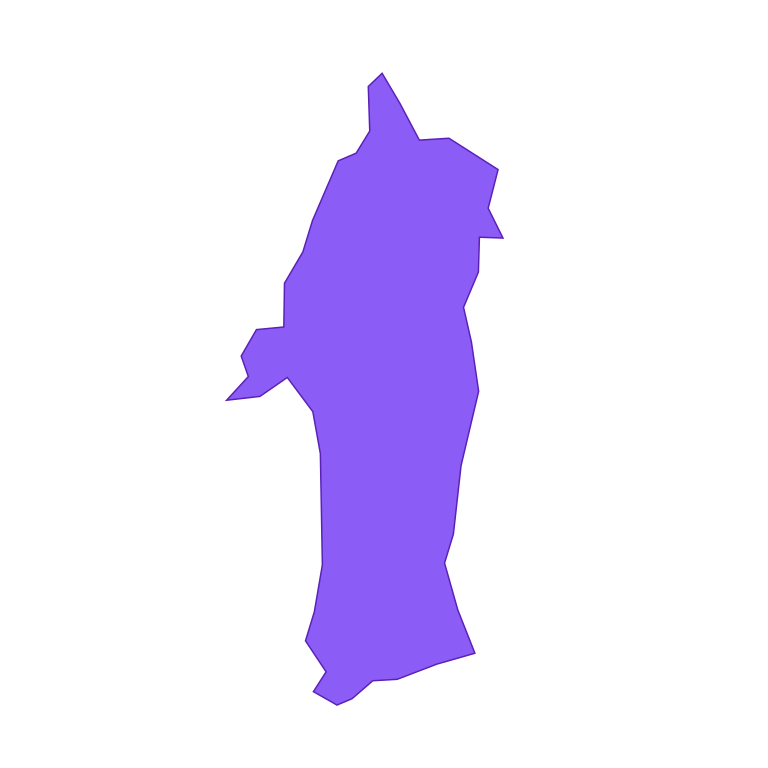 Kizirik, Surkhandarya, Uzbekistan (orthographic projection), rotated 335°
{"feature_id": "79887680B98909134943467", "entity_name": "Kizirik", "entity_type": "district", "adm_level": 2, "iso_a3": "UZB", "parent_name": "Uzbekistan", "parent_adm1": "Surkhandarya", "projection": "orthographic", "projection_center": [67.318, 37.714], "detail": "fine", "context": "isolated", "style": "filled", "palette": "violet", "viewbox_px": 768, "rotation_deg": 335, "n_neighbors": 0, "source": "geoboundaries", "source_scale": "gbopen_adm2", "svg_char_len": 711}
<svg xmlns="http://www.w3.org/2000/svg" viewBox="0 0 768 768"><g transform="rotate(335 384 384)"><path d="M234.5,332.2L266.3,342.8L299.1,337.2L307.8,379.0L296.9,420.2L274.3,471.1L251.7,521.9L224.6,561.0L204.3,583.6L209.9,620.4L190.0,633.0L205.7,655.1L222.1,655.7L248.4,648.2L271.1,657.2L313.5,660.2L352.6,666.4L355.4,619.9L363.2,571.9L383.5,549.3L419.3,490.6L466.7,430.6L481.0,382.8L488.5,348.1L516.9,322.4L532.5,291.3L553.5,302.0L552.7,268.7L578.0,237.9L546.7,188.7L519.1,177.9L517.0,136.2L513.6,101.6L495.5,107.7L478.0,148.7L456.4,163.0L436.8,162.4L388.2,205.7L366.3,230.0L336.4,250.6L317.3,290.0L291.4,280.8L266.4,298.3L264.2,319.9L234.5,332.2Z" fill="#8b5cf6" stroke="#5b21b6" stroke-width="1.5"/></g></svg>